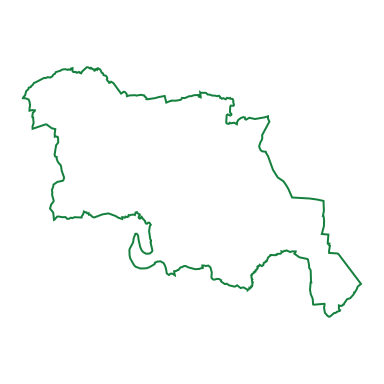 the district of Mueang Nakhon Sawan, Nakhon Sawan, Thailand
{"feature_id": "78962969B39799880183753", "entity_name": "Mueang Nakhon Sawan", "entity_type": "district", "adm_level": 2, "iso_a3": "THA", "parent_name": "Thailand", "parent_adm1": "Nakhon Sawan", "projection": "robinson", "projection_center": [100.093, 15.705], "detail": "fine", "context": "isolated", "style": "outline", "palette": "green", "viewbox_px": 384, "rotation_deg": 0, "n_neighbors": 0, "source": "geoboundaries", "source_scale": "gbopen_adm2", "svg_char_len": 5874}
<svg xmlns="http://www.w3.org/2000/svg" viewBox="0 0 384 384"><path d="M52.4,76.3L50.4,77.5L47.4,77.2L45.7,78.1L44.1,77.9L35.5,82.4L34.1,82.8L32.5,85.1L31.0,86.3L30.7,87.1L28.7,87.7L28.4,89.1L26.2,91.2L25.0,95.5L23.6,96.8L23.0,98.2L25.5,98.3L28.6,99.5L29.7,102.1L29.7,103.6L30.1,104.6L29.9,106.8L29.6,107.3L29.5,110.7L32.1,110.1L34.9,110.3L34.7,111.1L32.9,112.7L32.4,115.4L32.4,117.2L33.1,117.3L33.6,123.1L32.5,126.5L32.6,128.8L45.5,124.4L46.5,124.4L51.7,128.2L55.3,129.1L54.7,133.7L54.8,136.6L55.7,136.2L56.4,136.8L57.6,136.8L58.1,138.3L58.2,142.5L56.1,145.3L54.6,154.7L55.0,156.3L56.8,157.1L56.6,158.5L57.6,161.4L59.1,163.6L60.2,164.5L61.0,166.0L61.7,170.7L64.1,177.6L63.5,179.9L62.7,180.8L57.4,181.9L53.5,184.6L53.2,186.7L51.9,190.0L52.3,192.2L52.1,194.9L53.7,200.6L53.5,201.6L51.1,204.6L50.0,208.6L53.2,212.5L54.0,219.9L54.7,219.5L57.0,216.7L58.4,216.5L62.4,217.2L65.5,217.1L67.3,218.9L69.1,218.7L70.8,217.7L72.5,218.1L74.4,217.2L81.6,217.5L81.7,216.4L83.0,214.5L84.0,211.5L85.4,212.4L86.5,212.3L86.9,213.2L88.1,213.5L88.6,213.2L88.9,214.7L89.9,214.5L92.7,217.0L94.1,217.5L102.4,214.4L108.5,213.4L115.5,216.0L118.3,217.7L122.2,219.0L122.3,217.1L124.8,217.7L125.4,216.6L127.1,217.1L128.2,216.7L128.3,215.8L128.7,215.1L129.4,215.5L131.0,214.8L134.0,214.6L134.9,215.0L135.6,212.5L136.8,212.2L136.8,212.8L139.7,214.4L139.9,215.0L139.1,215.8L138.6,217.3L139.2,218.3L139.7,218.6L140.5,218.4L140.9,217.3L141.6,216.8L142.5,218.3L145.1,221.1L145.3,222.4L146.1,223.6L147.0,223.7L148.2,222.6L149.3,222.7L150.8,224.8L149.8,226.3L149.1,231.3L150.3,239.4L151.0,240.3L151.0,241.7L150.5,242.2L152.4,250.4L152.2,251.3L151.2,252.4L150.2,253.2L148.8,253.7L146.0,253.7L143.2,252.1L141.7,250.4L140.1,246.7L138.5,239.3L138.1,235.6L136.8,233.8L135.4,233.8L133.7,238.2L133.1,242.4L129.8,248.6L129.4,250.1L129.6,255.6L130.2,258.3L133.8,264.8L135.5,266.7L140.4,268.5L146.2,268.3L148.9,267.4L153.6,264.8L154.9,263.7L154.8,262.9L155.1,262.6L157.3,261.6L160.5,261.3L163.5,263.0L164.8,265.2L165.9,268.3L166.8,273.5L169.0,275.0L170.5,273.7L171.6,273.6L172.6,273.8L174.8,275.2L174.1,271.3L176.7,270.8L177.4,270.1L178.4,270.0L180.5,267.4L182.2,267.1L184.0,266.0L185.8,266.1L188.4,267.4L195.3,269.2L199.6,268.9L200.2,268.4L202.8,268.0L202.8,267.3L202.4,267.1L202.3,265.5L204.6,265.6L205.7,266.0L208.3,265.6L210.4,267.3L211.8,272.4L211.4,277.1L211.6,277.9L212.8,279.3L214.2,279.7L216.9,278.9L219.0,279.0L221.1,280.2L221.1,281.5L224.9,284.1L226.7,283.7L229.1,285.3L234.4,286.6L235.5,286.4L237.1,285.3L240.6,288.0L243.5,287.4L247.5,289.6L247.6,290.3L249.4,288.7L249.4,287.8L250.4,288.1L251.0,286.7L251.3,287.0L252.1,286.2L252.4,284.5L252.2,284.1L252.8,282.4L252.2,282.2L252.0,280.0L252.3,279.5L251.9,279.3L251.9,278.3L251.4,277.7L251.6,275.6L251.3,275.4L251.8,274.4L252.2,274.4L252.4,273.8L254.2,272.6L254.0,272.1L255.1,271.7L255.3,271.0L255.6,271.1L255.7,270.2L256.5,269.4L256.9,269.5L257.8,267.8L257.3,267.0L258.1,266.0L258.7,266.1L259.5,265.1L259.7,265.6L260.6,265.3L261.8,266.1L262.7,265.3L263.3,265.2L263.8,262.8L265.4,262.2L265.7,261.3L266.4,261.4L266.8,261.0L268.1,257.5L269.5,256.4L270.0,255.6L270.7,255.4L270.7,255.0L276.0,255.2L276.3,255.0L276.1,254.8L276.3,254.4L277.2,254.5L277.5,253.9L280.5,253.7L281.7,252.5L281.5,251.4L282.7,251.8L284.5,250.8L285.2,251.0L286.4,250.4L290.2,252.0L292.1,251.4L295.7,251.4L295.5,252.4L294.4,253.7L299.4,257.3L307.4,259.0L308.0,259.6L309.0,264.8L309.2,268.0L310.4,269.7L310.7,270.9L311.0,281.2L311.3,282.5L310.6,282.6L310.0,289.9L310.8,294.3L312.7,298.7L313.1,304.4L313.8,304.7L324.4,303.8L324.6,305.1L324.0,307.4L324.9,312.7L327.5,315.8L329.1,316.8L330.3,316.3L334.2,313.0L335.7,312.9L336.9,311.8L339.8,310.9L340.1,310.3L339.5,310.1L338.9,308.9L338.9,305.4L341.0,306.0L342.5,305.5L342.8,304.7L343.9,304.4L344.3,303.2L347.1,299.2L350.2,298.2L353.6,294.4L354.1,292.6L354.6,292.7L356.7,289.3L357.7,286.6L361.0,283.9L338.5,254.1L337.5,253.5L329.1,252.9L329.1,250.7L329.9,245.7L329.2,245.4L329.4,243.6L327.8,243.7L327.7,243.1L328.4,234.6L321.8,234.0L323.9,226.3L324.1,220.0L323.5,216.1L322.9,216.0L323.9,210.8L323.5,200.9L316.9,199.5L309.6,198.5L292.1,197.5L288.5,189.2L286.3,185.4L283.4,181.2L277.8,177.5L273.0,169.9L268.1,156.3L266.1,153.0L265.8,151.8L262.1,151.3L260.8,150.3L259.7,148.4L259.2,146.1L260.6,141.9L262.0,139.6L262.3,137.8L262.1,135.2L269.4,121.6L268.0,118.6L268.0,116.3L264.8,117.3L255.1,119.0L249.3,117.8L246.1,119.6L245.2,119.3L244.9,117.5L243.4,117.1L241.1,117.9L238.3,119.9L237.1,122.1L236.9,124.2L234.1,122.7L231.0,123.3L229.7,122.7L228.8,123.9L226.8,123.5L226.2,122.4L226.7,115.1L227.6,114.4L230.3,115.6L231.3,114.9L231.4,114.0L230.4,113.0L230.0,112.0L230.2,106.8L230.9,105.6L233.4,105.8L234.0,104.9L233.2,102.0L233.4,100.6L232.5,98.9L230.3,98.7L230.0,98.0L229.4,98.4L227.0,97.8L225.8,99.3L223.4,98.2L221.9,98.7L221.5,98.2L220.2,97.9L220.1,97.0L219.0,95.7L217.1,96.2L214.8,95.6L212.5,95.6L209.4,94.6L207.7,94.5L206.1,93.0L205.1,92.8L200.9,92.8L200.2,92.3L200.7,97.3L199.8,97.0L199.8,96.6L198.7,96.5L198.6,95.0L194.1,95.2L191.1,96.2L189.2,96.2L184.9,98.1L182.0,97.9L181.2,99.5L179.9,100.0L175.7,100.7L171.4,100.6L171.1,101.0L170.3,101.0L166.3,102.6L164.7,96.0L159.0,97.0L155.2,98.1L147.1,99.3L146.4,99.1L146.6,98.6L146.2,97.6L144.6,96.5L144.4,95.5L140.9,94.8L136.4,95.6L135.5,95.2L129.6,95.4L127.0,96.2L126.6,93.8L124.8,91.9L123.6,91.8L121.1,93.6L113.4,83.1L111.1,81.7L109.9,82.7L109.1,82.8L108.8,81.6L107.9,81.3L106.8,79.5L107.3,78.4L106.7,76.7L105.7,75.7L103.5,75.1L103.0,73.4L101.7,72.7L100.3,69.6L98.8,68.8L97.9,69.0L97.7,68.3L96.7,68.8L96.8,69.8L95.5,69.3L95.0,70.5L94.4,70.7L93.7,69.3L92.5,69.2L91.2,67.8L90.8,67.8L90.6,68.5L90.2,68.6L88.3,67.4L86.9,67.2L82.3,71.3L81.2,73.2L80.5,72.7L80.2,73.0L78.9,71.9L77.1,72.8L75.9,72.3L75.8,71.9L73.3,72.0L72.5,71.0L72.5,68.1L70.9,68.6L70.4,69.8L68.4,69.4L67.8,69.9L65.6,69.2L63.5,69.4L61.8,69.7L60.5,70.7L55.8,72.1L55.0,73.7L53.3,74.7L52.4,76.3Z" fill="none" stroke="#15803d" stroke-width="2"/></svg>